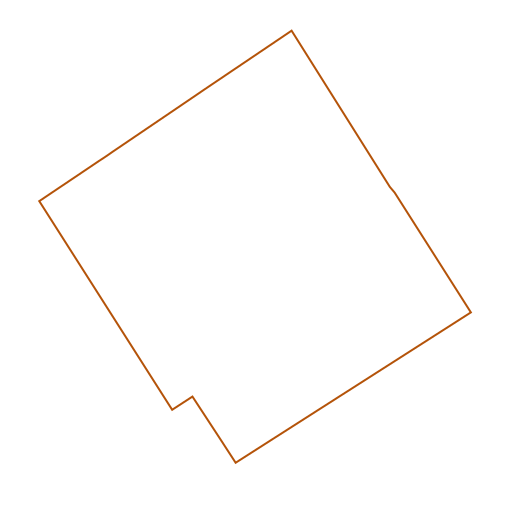 outline of Barry, Missouri, United States of America, rotated 146°
{"feature_id": "52423323B82075539049913", "entity_name": "Barry", "entity_type": "district", "adm_level": 2, "iso_a3": "USA", "parent_name": "United States of America", "parent_adm1": "Missouri", "projection": "mercator", "projection_center": [-93.839, 36.715], "detail": "fine", "context": "isolated", "style": "outline", "palette": "amber", "viewbox_px": 512, "rotation_deg": 146, "n_neighbors": 0, "source": "geoboundaries", "source_scale": "gbopen_adm2", "svg_char_len": 438}
<svg xmlns="http://www.w3.org/2000/svg" viewBox="0 0 512 512"><g transform="rotate(146 256 256)"><path d="M109.4,89.1L105.6,231.1L106.4,238.4L100.5,422.9L102.8,422.9L170.5,422.9L173.4,422.9L196.4,422.9L206.2,422.9L230.5,422.8L316.2,422.6L316.5,422.6L321.8,422.5L327.3,422.5L333.4,422.6L346.3,422.6L405.0,422.7L411.5,175.4L387.3,175.0L388.0,124.4L388.5,96.0L142.8,89.9L109.4,89.1Z" fill="none" stroke="#b45309" stroke-width="2"/></g></svg>